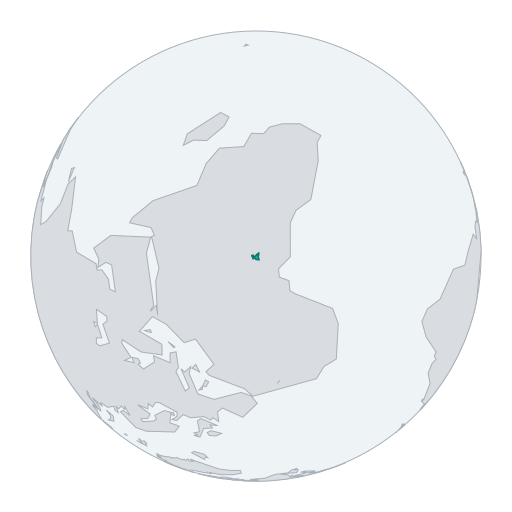 Sangha-Mbaéré highlighted on a globe, orthographic projection, rotated 211°
{"feature_id": "CAF-802", "entity_name": "Sangha-Mbaéré", "entity_type": "Economic Prefecture", "adm_level": 1, "iso_a3": "CAF", "parent_name": "Central African Republic", "parent_adm1": "", "projection": "orthographic", "projection_center": [16.411, 3.248], "detail": "fine", "context": "on_globe", "style": "filled", "palette": "teal", "viewbox_px": 512, "rotation_deg": 211, "n_neighbors": 0, "source": "natural_earth", "source_scale": "10m", "svg_char_len": 8145}
<svg xmlns="http://www.w3.org/2000/svg" viewBox="0 0 512 512"><g transform="rotate(211 256 256)"><circle cx="256" cy="256" r="225" fill="#eef3f6" stroke="#a8b0b8"/><path d="M175.9,45.5L174.8,45.9L169.7,47.9L175.9,45.5ZM129.0,69.9L131.9,68.0L139.7,63.0L143.1,61.1L151.7,56.4L151.8,56.6L147.3,59.6L140.2,63.8L138.0,65.5L145.9,61.5L133.8,70.2L127.7,78.1L124.5,80.8L115.9,85.0L113.0,84.1L102.0,92.4L110.5,86.9L102.2,95.0L101.4,96.5L102.6,96.4L106.4,93.5L103.8,96.5L94.4,102.4L96.6,99.6L99.5,97.6L98.1,97.6L91.7,102.8L88.0,107.2L82.3,112.6L79.5,116.0L76.7,119.5L79.2,116.4L90.3,103.4L102.3,91.3L115.3,80.1L129.0,69.9ZM78.2,117.6L72.8,124.8L72.6,125.2L78.2,117.6ZM35.2,211.5L36.1,208.0L33.7,221.0L36.2,209.4L35.5,216.0L39.3,216.7L38.3,219.6L41.1,236.2L48.1,244.3L49.7,254.3L48.5,260.1L51.8,262.3L51.9,266.3L68.6,274.3L80.1,285.3L81.8,299.0L76.0,313.9L80.0,346.4L72.2,355.7L76.4,368.6L81.1,386.6L75.5,384.2L83.5,394.0L85.7,399.2L83.9,399.0L89.1,405.5L88.0,405.2L92.7,409.8L99.2,417.5L107.0,424.6L113.8,430.8L119.0,434.8L118.6,434.5L103.7,422.0L90.0,408.3L77.5,393.4L66.3,377.5L66.0,377.0L44.4,332.7L41.1,323.6L40.2,320.8L36.2,305.5L33.3,290.0L31.5,274.4L30.7,258.6L31.1,242.8L32.6,227.1L35.2,211.5ZM45.1,176.7L44.7,177.9L44.6,178.0L45.1,176.7ZM151.2,56.6L151.3,56.5L149.7,57.4L151.2,56.6ZM157.1,53.6L156.9,53.7L157.1,53.6ZM189.6,40.9L189.8,40.7L193.3,39.7L189.6,40.9ZM201.7,37.4L200.9,37.6L197.7,38.5L198.9,38.1L201.7,37.4ZM222.4,33.2L223.6,33.1L215.3,34.5L212.8,34.9L222.4,33.2ZM120.9,436.3L119.8,435.4L127.3,440.7L129.3,442.3L128.3,441.6L120.9,436.3ZM120.1,434.6L119.4,433.1L121.2,434.3L122.1,435.6L120.1,434.6ZM466.1,174.8L468.0,180.1L471.4,190.0L477.8,216.8L478.7,222.6L477.9,217.6L473.8,205.2L476.6,221.5L479.8,235.1L481.1,251.4L480.2,246.3L478.5,232.1L477.0,227.3L474.8,213.0L468.7,192.5L467.6,196.5L465.2,188.2L456.7,172.0L453.7,177.5L450.6,199.8L454.2,221.2L451.4,230.9L437.9,200.7L430.4,180.7L426.4,182.8L411.8,166.9L389.1,167.0L385.1,162.1L381.0,164.7L370.5,160.1L364.1,152.2L358.1,153.0L375.2,174.0L381.4,173.3L385.6,164.8L389.2,172.5L399.2,179.2L391.0,198.9L356.0,217.9L351.4,202.0L318.2,160.9L318.4,156.3L318.3,155.8L317.8,154.9L316.0,162.4L309.9,154.7L329.0,182.8L332.8,195.5L355.6,218.9L353.7,221.5L360.7,226.3L381.4,219.4L381.8,224.8L372.8,250.3L343.0,286.1L346.3,309.5L342.9,329.6L322.8,343.5L323.1,358.9L312.5,364.7L310.8,373.4L301.5,382.9L286.4,392.0L262.4,392.8L262.1,384.9L251.8,369.8L238.1,332.7L245.3,315.4L243.7,302.1L226.2,273.0L230.1,256.6L225.1,249.9L215.0,251.8L209.1,243.8L202.9,243.8L163.3,250.5L150.6,240.3L134.1,209.0L140.8,196.3L141.0,182.0L186.5,134.1L197.3,136.3L234.5,129.6L239.3,131.1L236.2,141.5L265.1,153.6L272.9,144.7L297.9,151.3L313.6,150.7L317.1,131.4L291.2,131.8L285.5,122.8L305.2,114.5L327.6,115.5L326.1,112.1L310.9,104.7L315.0,98.8L305.5,101.8L310.2,105.1L304.4,107.4L299.8,104.7L301.4,102.5L294.3,101.1L288.4,113.0L292.5,117.7L274.6,120.3L279.7,128.6L275.2,132.7L265.0,120.4L265.2,115.8L247.0,103.8L245.2,108.6L262.2,120.7L257.4,119.8L255.0,127.6L253.0,121.0L234.9,107.8L218.1,111.5L198.5,131.4L188.3,133.6L179.0,130.3L184.3,110.9L206.5,108.4L208.7,102.6L202.7,94.9L209.9,95.2L210.2,92.1L218.4,91.3L228.6,83.7L236.7,82.6L239.3,74.0L243.8,72.6L241.0,77.9L243.4,81.5L263.4,80.5L266.9,78.6L266.9,73.3L272.4,74.2L269.9,69.3L280.8,67.4L265.4,66.0L265.1,61.0L270.8,57.3L267.9,55.7L258.6,61.9L257.3,64.8L260.7,67.4L254.8,76.4L248.3,78.2L243.9,68.7L234.1,70.6L235.0,63.3L259.8,49.3L270.8,47.1L292.0,52.7L290.3,55.3L281.8,54.4L290.9,59.4L289.6,56.9L294.2,58.0L295.0,54.4L298.3,55.0L293.4,50.8L297.5,51.2L300.5,53.9L305.2,49.9L313.4,50.5L312.9,49.4L310.0,48.0L322.3,50.2L321.4,49.4L317.0,48.2L312.3,45.9L308.8,43.1L313.3,44.0L315.1,45.1L325.7,49.4L330.0,53.0L331.5,53.1L328.8,50.3L315.9,45.0L312.5,43.1L319.0,45.2L316.4,44.3L316.1,43.6L320.0,44.1L313.1,41.7L304.0,36.3L310.6,37.5L317.3,39.4L316.6,39.0L332.0,43.9L346.9,49.9L361.4,56.9L375.4,64.9L388.7,74.0L401.4,83.9L413.3,94.7L424.4,106.4L434.7,118.8L444.0,131.9L452.4,145.7L459.8,160.0L466.1,174.8ZM172.3,157.6L171.4,161.8L172.3,157.6ZM352.7,127.3L365.3,128.1L357.3,116.6L361.5,116.1L357.3,112.7L356.7,115.8L346.0,106.5L350.6,103.5L347.9,98.9L343.6,98.5L336.8,105.9L352.1,118.7L350.2,123.4L352.7,127.3ZM39.4,216.6L39.6,219.3L38.8,219.1L39.4,216.6ZM43.8,185.9L44.1,187.3L43.0,188.1L43.8,185.9ZM44.2,179.5L43.4,185.3L41.4,188.5L42.2,185.0L42.6,184.3L44.2,179.5ZM102.7,94.6L103.4,94.2L103.9,94.8L102.1,95.9L102.7,94.6ZM115.6,90.4L111.2,95.5L113.1,92.3L109.7,94.5L109.6,91.2L122.8,82.1L116.8,86.6L115.6,90.4ZM113.0,85.2L111.6,87.7L112.6,85.3L113.0,85.2ZM203.7,78.1L206.9,79.6L204.4,83.1L194.1,86.3L197.6,81.1L203.7,78.1ZM212.1,81.2L210.7,71.9L217.0,70.2L213.7,72.6L218.0,72.4L213.9,76.3L221.3,84.5L219.6,88.2L201.5,90.9L208.4,87.6L204.8,86.1L212.1,81.2ZM195.8,57.5L195.3,55.1L209.8,54.2L208.6,56.6L198.2,59.4L193.5,58.3L195.8,57.5ZM169.6,48.1L168.5,48.5L170.3,47.8L172.7,46.8L169.6,48.1ZM191.5,40.1L193.7,39.5L187.2,41.5L189.4,40.9L176.5,46.3L174.5,46.8L169.3,50.2L162.1,53.1L165.7,50.6L156.3,55.8L156.7,54.8L150.9,58.3L159.7,52.6L159.6,52.4L162.4,51.4L169.0,48.6L171.9,47.4L179.9,44.0L181.1,43.5L191.5,40.1ZM238.7,34.2L233.2,34.3L239.7,35.4L233.2,36.1L234.3,36.2L230.1,37.4L227.0,39.2L223.9,39.5L224.0,40.1L221.2,41.2L220.3,42.3L214.4,43.4L212.9,44.9L211.0,44.6L209.9,47.1L208.0,45.8L204.2,47.5L208.1,47.9L178.2,54.3L167.2,59.2L158.9,64.2L156.8,62.2L163.2,56.6L173.7,50.3L184.7,46.4L181.7,46.6L186.1,44.9L186.6,45.5L188.5,43.7L192.2,42.6L201.6,39.1L201.9,38.0L205.4,36.9L207.1,36.9L209.3,36.0L214.9,35.2L217.5,34.6L225.6,33.7L227.4,34.4L230.2,33.7L236.5,33.3L238.7,34.2ZM207.3,36.0L207.5,36.0L210.3,35.4L208.3,35.8L212.0,35.1L215.2,34.5L218.9,33.8L219.1,33.9L225.8,32.8L229.5,32.7L227.7,33.3L214.3,34.8L211.2,35.5L202.6,37.2L204.6,36.7L207.3,36.0ZM244.1,127.2L247.7,127.5L253.2,126.8L251.9,132.1L244.1,127.2ZM231.6,118.1L234.8,117.3L235.5,123.7L231.7,123.7L231.6,118.1ZM235.9,111.8L234.9,116.8L233.2,114.1L235.9,111.8ZM243.8,77.2L247.2,76.4L247.7,77.6L246.2,79.5L243.8,77.2ZM256.6,39.9L253.7,39.3L254.5,38.9L251.8,37.0L256.4,36.7L259.9,37.7L256.6,39.9ZM313.1,134.7L308.9,138.4L306.3,136.7L308.3,135.7L313.1,134.7ZM279.2,135.0L287.3,137.3L278.7,136.4L279.2,135.0ZM261.2,39.2L259.5,38.4L262.9,38.8L261.2,39.2ZM259.6,36.4L263.4,36.6L256.6,36.4L259.6,36.4ZM374.2,429.9L373.7,432.4L371.2,432.8L374.2,429.9ZM377.8,325.3L360.2,360.8L350.7,361.3L350.3,351.0L357.7,329.6L369.2,323.2L375.3,313.4L377.8,325.3ZM479.6,283.7L479.6,283.1L480.1,279.2L479.6,283.7ZM480.1,279.1L480.2,268.1L476.0,237.0L477.6,237.4L481.1,256.2L481.0,259.5L481.0,268.1L480.1,279.1ZM455.1,223.2L459.2,235.9L457.3,238.2L455.1,223.2ZM298.1,39.4L296.8,42.0L298.9,44.6L304.9,46.9L295.9,45.3L292.7,41.2L298.1,39.4ZM302.8,36.4L297.5,35.1L300.1,35.5L301.6,35.8L302.8,36.4ZM299.4,35.8L292.5,34.8L289.7,34.1L295.7,34.9L299.4,35.8ZM276.9,35.7L276.2,36.4L273.5,35.9L276.9,35.7Z" fill="#d9dde1" stroke="#a8b0b8" stroke-width="1"/><path d="M259.9,254.3L259.7,254.5L259.4,254.5L259.2,254.6L258.9,254.7L258.7,254.7L258.7,254.8L258.6,254.7L258.5,254.8L258.4,254.8L258.2,254.9L257.9,254.8L257.7,254.8L257.2,254.8L256.9,254.9L256.7,255.0L256.6,255.3L256.5,255.7L256.4,255.9L256.4,256.0L256.3,256.3L256.2,256.4L256.2,256.5L256.3,256.6L256.3,256.8L256.1,257.1L256.1,257.3L256.3,257.5L256.2,257.9L256.1,258.0L255.8,258.5L255.7,258.9L255.5,259.2L255.4,259.5L255.2,260.0L255.1,259.9L255.0,259.7L254.9,259.5L254.9,259.4L254.8,259.1L254.8,258.9L254.7,258.9L254.8,258.7L254.8,258.4L254.7,258.3L254.8,258.3L254.8,258.2L254.7,258.1L254.6,257.9L254.7,257.7L254.8,257.6L254.7,257.5L254.7,257.4L254.6,257.2L254.4,257.0L254.2,256.8L254.2,256.7L253.8,256.6L253.7,256.5L253.3,256.2L252.9,255.8L252.5,255.4L252.1,255.0L251.8,254.6L251.5,254.4L252.1,254.0L252.2,253.9L252.3,253.9L252.4,254.0L252.5,254.1L252.8,253.7L253.3,253.4L253.8,253.2L254.6,253.1L254.8,253.1L255.2,253.3L255.3,253.3L255.5,253.4L255.6,253.5L255.8,253.5L256.1,253.7L256.3,253.5L256.3,253.4L256.5,253.2L256.7,252.9L256.7,252.7L256.8,252.4L257.0,252.1L257.3,252.1L257.6,252.5L257.9,252.9L258.0,253.1L258.2,253.3L258.4,253.3L258.6,253.4L258.8,253.5L259.0,253.5L259.4,253.7L259.6,253.8L259.9,254.3L259.9,254.3Z" fill="#14b8a6" stroke="#0f766e" stroke-width="1.5"/></g></svg>